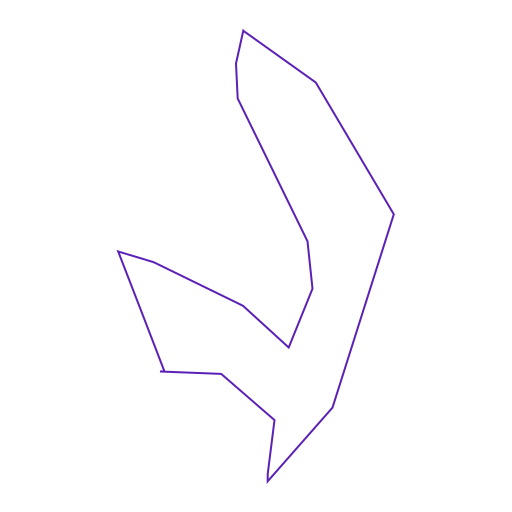 an SVG outline of Tivat
{"feature_id": "MNE-1518", "entity_name": "Tivat", "entity_type": "Municipality", "adm_level": 1, "iso_a3": "MNE", "parent_name": "Montenegro", "parent_adm1": "", "projection": "robinson", "projection_center": [18.687, 42.417], "detail": "fine", "context": "isolated", "style": "outline", "palette": "violet", "viewbox_px": 512, "rotation_deg": 0, "n_neighbors": 0, "source": "natural_earth", "source_scale": "10m", "svg_char_len": 386}
<svg xmlns="http://www.w3.org/2000/svg" viewBox="0 0 512 512"><path d="M267.7,481.3L267.7,474.2L274.5,420.1L221.2,373.9L160.0,371.5L164.4,371.3L143.3,316.4L118.2,251.5L153.7,262.2L243.0,305.8L288.7,347.5L312.5,288.7L307.5,241.3L237.7,98.5L236.0,63.5L243.3,30.7L243.6,31.0L315.8,82.5L393.8,214.3L332.5,407.6L268.2,480.7L267.7,481.3Z" fill="none" stroke="#5b21b6" stroke-width="2"/></svg>